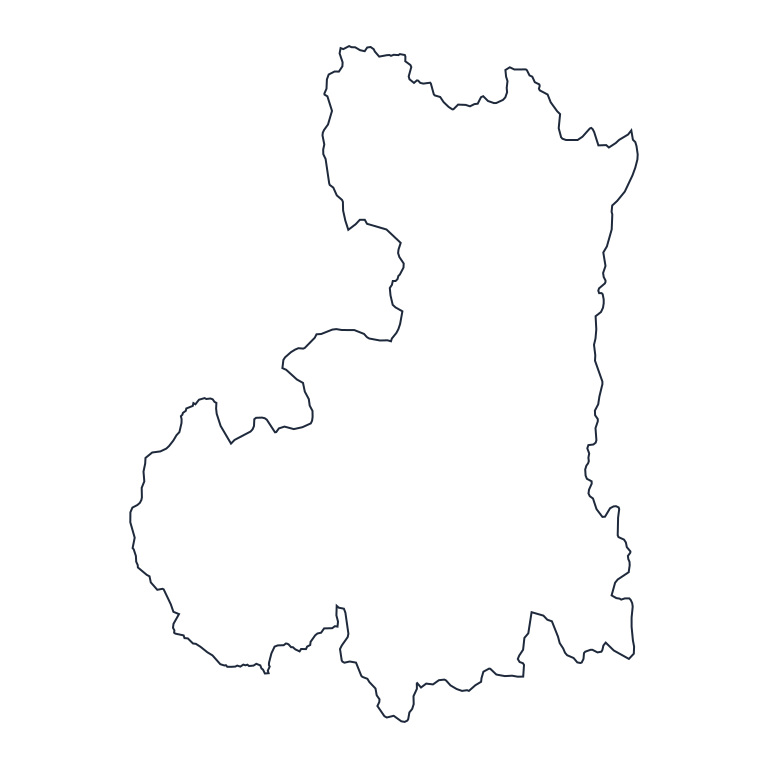 outline of Nam Nhun, Lai Chau, Vietnam
{"feature_id": "81297802B14703404520131", "entity_name": "Nam Nhun", "entity_type": "district", "adm_level": 2, "iso_a3": "VNM", "parent_name": "Vietnam", "parent_adm1": "Lai Chau", "projection": "equal_earth", "projection_center": [102.988, 22.256], "detail": "fine", "context": "isolated", "style": "outline", "palette": "slate", "viewbox_px": 768, "rotation_deg": 0, "n_neighbors": 0, "source": "geoboundaries", "source_scale": "gbopen_adm2", "svg_char_len": 6060}
<svg xmlns="http://www.w3.org/2000/svg" viewBox="0 0 768 768"><path d="M468.9,690.9L475.4,685.2L481.1,681.8L481.5,678.2L483.4,671.7L489.1,668.6L490.3,668.8L496.3,674.5L498.2,674.9L504.9,676.1L512.1,675.7L517.7,676.7L523.2,676.6L524.0,664.9L522.9,663.2L519.6,662.0L517.8,659.0L519.2,655.6L523.1,649.7L524.4,637.9L528.3,633.3L531.6,612.2L543.4,615.6L547.3,619.7L551.9,621.3L558.0,636.7L559.7,643.1L563.2,648.5L565.0,652.7L567.1,655.2L573.6,658.0L577.3,662.4L580.4,663.0L581.7,662.5L583.5,658.9L584.0,653.1L585.2,651.7L590.5,649.8L592.4,649.8L597.5,652.4L601.4,651.7L602.4,649.9L603.4,645.5L605.7,642.6L613.8,650.5L628.9,658.9L633.8,653.7L634.1,646.7L632.9,640.3L631.6,626.8L631.6,617.5L632.7,606.6L632.2,603.2L630.8,600.1L629.3,598.4L624.9,598.4L621.2,599.6L619.6,598.6L616.3,598.1L611.6,595.4L615.1,582.7L617.7,579.5L628.7,572.2L629.7,565.2L629.5,561.8L628.3,559.1L627.9,555.9L630.3,552.7L630.4,551.4L626.8,547.1L625.9,542.5L624.0,539.6L618.5,537.1L617.7,535.3L618.1,517.6L619.2,509.1L618.6,507.4L616.0,506.2L613.6,506.4L610.1,508.2L605.0,516.7L602.4,516.9L596.5,509.1L593.0,498.5L589.8,496.2L588.5,493.5L589.0,489.7L591.7,483.7L591.6,481.3L586.9,478.8L585.6,475.6L585.2,469.5L586.4,465.6L588.1,463.3L588.8,461.1L588.4,457.7L589.2,453.5L587.3,448.3L588.4,445.1L593.4,444.5L595.7,442.6L596.4,440.2L595.5,428.1L597.8,421.3L597.8,419.1L595.1,415.2L594.9,410.6L598.2,404.3L599.4,396.5L602.4,384.2L602.4,381.6L595.0,360.7L595.3,355.3L594.0,344.8L595.5,338.5L596.3,329.4L595.6,316.2L601.0,312.0L603.0,307.7L603.7,303.3L603.7,299.5L602.7,294.3L601.6,293.1L599.1,293.1L598.3,290.7L599.0,288.4L604.9,283.4L605.5,281.9L605.5,280.5L603.7,277.0L603.1,273.0L605.5,266.0L603.3,252.5L606.9,246.4L611.7,229.4L612.3,214.4L611.6,211.8L612.2,205.5L617.1,201.0L624.8,191.6L632.5,175.3L635.3,167.6L637.4,159.5L637.7,154.5L636.5,146.1L635.3,142.1L632.9,139.7L631.3,130.4L628.1,134.5L619.1,139.9L615.8,143.0L608.9,147.5L606.2,145.1L598.4,145.4L594.2,132.2L592.7,129.2L591.2,127.9L589.8,128.5L582.5,136.7L577.6,140.0L566.0,140.0L562.4,138.7L561.1,137.2L558.7,128.2L560.1,114.1L557.2,111.3L550.7,102.3L547.6,94.5L539.8,90.4L538.9,88.7L539.7,86.0L539.3,84.4L534.8,82.2L532.3,76.7L529.5,75.4L526.9,70.2L525.8,69.4L514.4,69.5L509.8,67.3L505.4,70.0L506.1,76.7L507.5,81.1L506.7,87.9L507.1,92.2L505.3,97.4L503.0,99.9L496.3,103.0L494.0,103.1L488.0,101.0L483.2,96.2L481.0,97.2L477.7,103.7L474.4,104.1L470.0,106.3L465.6,104.9L458.1,104.6L453.5,109.2L452.4,109.4L448.6,106.9L443.6,102.1L440.2,97.0L434.7,95.4L433.8,94.3L430.9,83.7L430.2,82.7L423.3,83.6L420.3,82.9L418.1,80.6L416.9,80.4L414.0,82.9L409.5,79.3L408.7,76.4L411.3,67.0L410.4,65.0L405.3,61.3L405.4,56.6L404.8,55.0L399.8,54.1L398.5,55.1L393.7,54.8L391.0,55.8L389.4,55.0L386.8,55.2L379.2,56.6L374.8,51.5L373.7,49.2L370.6,47.0L367.2,47.5L364.7,51.2L360.1,50.2L355.2,47.3L351.5,47.2L349.1,46.1L343.3,49.1L340.6,48.1L339.6,53.4L342.6,62.3L342.4,66.3L338.9,71.6L334.6,71.5L328.7,74.5L326.9,79.4L326.5,88.7L324.4,93.5L324.5,94.6L327.4,96.3L332.0,110.9L328.0,124.5L324.1,129.9L322.8,132.7L322.5,135.4L324.3,144.5L323.2,149.5L323.3,154.2L325.6,159.0L329.2,183.4L329.7,184.9L333.3,187.6L336.8,195.4L342.1,200.0L342.9,201.9L343.1,210.5L345.3,220.5L348.3,229.8L355.8,224.1L359.8,219.8L364.8,219.8L367.0,223.8L386.5,229.5L400.7,242.9L398.5,249.6L398.1,253.1L399.4,257.1L403.7,263.5L403.5,267.6L399.8,274.6L398.4,275.9L397.5,279.1L395.6,281.0L392.8,281.0L391.9,284.9L389.8,288.0L390.5,295.4L392.7,304.8L395.5,307.4L402.4,311.3L400.1,324.0L398.4,329.1L396.4,332.9L391.8,338.6L391.0,341.3L387.5,340.3L380.0,340.5L369.2,338.5L367.0,337.2L364.0,333.9L354.4,330.1L341.7,330.0L336.3,329.1L332.3,329.6L321.2,334.0L316.5,334.3L314.8,337.7L304.8,347.9L303.3,348.6L298.4,348.2L295.1,349.6L290.9,352.2L285.1,357.3L283.4,359.9L282.4,368.1L286.2,369.8L296.9,379.5L303.0,382.9L304.8,391.6L308.8,399.1L309.7,405.6L312.5,410.9L312.6,416.9L312.1,420.6L310.8,423.4L302.4,427.2L293.8,429.1L284.5,426.6L278.9,428.4L276.2,432.1L275.0,432.3L266.8,419.7L264.7,418.2L262.0,417.6L256.1,417.8L254.3,419.2L254.0,426.0L252.6,429.3L250.6,431.5L234.6,439.9L231.0,443.6L220.6,425.9L216.7,413.8L216.1,408.5L216.4,402.9L214.5,401.9L212.7,399.3L210.4,398.5L206.3,399.0L204.6,398.1L199.0,399.7L195.4,404.3L193.4,403.1L192.8,405.9L186.3,408.5L185.8,410.8L182.9,412.9L182.4,414.7L180.9,416.2L181.6,419.2L181.5,423.1L179.4,432.1L176.5,435.2L173.3,440.6L169.0,446.1L166.3,448.6L160.4,451.4L152.2,452.5L145.5,457.9L145.2,463.5L143.5,471.6L144.3,481.4L141.7,487.8L141.9,497.4L141.4,499.9L139.9,502.8L137.4,505.0L132.4,507.6L130.4,512.3L130.3,522.3L134.7,537.7L132.6,548.1L133.7,549.3L135.9,556.0L136.2,561.7L137.7,565.0L137.9,567.5L146.8,574.9L149.5,576.3L150.8,582.4L157.3,589.8L162.5,588.8L163.7,589.4L170.8,604.3L173.4,611.8L179.0,614.1L173.5,623.8L173.0,627.8L174.4,630.4L174.1,632.7L175.3,633.6L183.6,635.4L184.5,638.1L187.8,638.4L193.0,643.5L195.8,643.8L200.5,646.8L207.4,652.3L212.5,655.4L220.3,664.2L224.4,665.5L225.9,665.2L227.3,666.8L231.3,666.8L235.2,666.6L237.2,665.6L240.4,666.6L243.3,664.6L245.4,665.3L247.4,664.7L249.0,666.0L253.5,665.6L256.3,663.8L260.3,665.4L261.5,668.5L263.0,669.6L264.9,673.5L268.6,673.2L267.8,670.7L269.7,666.6L268.9,665.0L269.0,662.8L271.4,653.4L274.6,646.6L277.8,645.4L283.7,645.2L285.9,643.5L286.8,643.6L288.5,644.3L291.1,647.2L292.9,647.2L295.2,649.3L299.6,651.4L301.1,649.0L306.0,649.1L307.1,646.6L310.2,645.0L310.6,641.8L315.2,635.3L317.4,633.5L321.1,632.7L324.1,628.4L332.2,628.2L334.9,626.2L337.5,626.6L338.0,621.6L336.4,615.4L336.7,605.8L338.8,607.7L343.9,608.7L345.4,612.7L348.4,633.7L347.7,637.1L341.9,645.3L340.0,649.0L341.7,660.3L342.4,661.6L344.4,662.7L349.7,661.5L356.0,662.6L361.3,675.8L362.4,676.9L367.4,678.8L369.4,682.1L375.5,688.5L376.7,695.3L379.5,699.3L379.3,702.0L377.4,706.0L384.4,716.2L386.8,717.5L393.7,715.8L401.3,721.3L404.7,721.9L407.3,720.6L408.2,719.2L409.4,712.4L412.2,708.9L413.7,704.1L413.5,696.2L416.9,688.8L416.8,683.5L417.2,683.1L421.0,687.5L426.2,683.6L433.0,684.4L438.9,680.2L444.4,679.6L446.0,680.4L450.5,685.4L456.6,689.0L462.0,690.9L467.1,690.2L468.9,690.9Z" fill="none" stroke="#1e293b" stroke-width="2"/></svg>